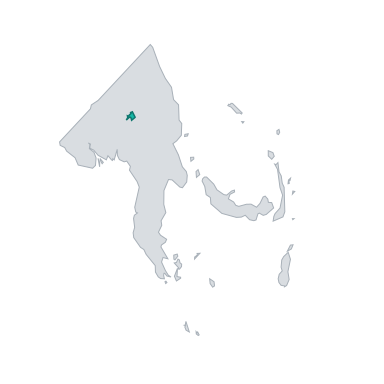 Tari/Pori District, Southern Highlands, Papua New Guinea (highlighted), rotated 43°
{"feature_id": "67681753B42536665224623", "entity_name": "Tari/Pori District", "entity_type": "district", "adm_level": 2, "iso_a3": "PNG", "parent_name": "Papua New Guinea", "parent_adm1": "Southern Highlands", "projection": "natural_earth1", "projection_center": [142.92, -5.861], "detail": "fine", "context": "in_parent", "style": "filled", "palette": "teal", "viewbox_px": 384, "rotation_deg": 43, "n_neighbors": 0, "source": "geoboundaries", "source_scale": "gbopen_adm2", "svg_char_len": 4144}
<svg xmlns="http://www.w3.org/2000/svg" viewBox="0 0 384 384"><g transform="rotate(43 192 192)"><path d="M61.0,245.7L61.0,200.4L59.0,197.0L60.9,189.0L60.9,112.6L64.6,113.0L82.7,122.3L95.0,127.1L105.6,129.4L115.5,137.0L122.7,137.4L133.5,148.2L137.8,148.9L145.5,157.8L145.9,165.1L145.1,169.7L156.7,174.1L167.8,180.2L173.8,180.9L177.2,183.1L181.3,188.3L182.1,195.4L179.7,196.7L169.2,196.7L166.3,198.9L170.5,210.1L179.8,220.3L186.9,224.9L189.0,234.1L192.6,237.0L194.9,244.3L198.5,245.1L205.7,243.9L206.8,246.9L205.8,251.6L206.8,253.4L219.9,257.3L215.5,259.7L217.5,264.0L226.1,267.6L231.4,269.0L234.6,268.5L230.9,270.6L227.5,270.0L226.9,270.6L228.2,272.4L231.0,274.3L228.1,276.7L225.2,277.1L219.9,275.5L215.3,270.9L201.0,268.9L196.0,266.9L192.1,267.6L180.5,265.1L176.7,261.9L174.2,257.0L167.3,251.2L165.7,248.3L166.4,244.5L164.5,245.0L160.5,242.2L150.1,224.4L144.7,221.8L131.4,218.7L129.5,215.3L123.2,213.9L121.8,216.2L116.8,217.8L112.5,216.1L108.2,211.8L113.2,221.6L111.4,221.6L112.3,223.2L111.3,223.4L105.8,222.8L107.4,226.9L98.3,229.2L91.5,228.4L88.3,229.4L86.9,229.3L85.1,226.2L82.7,226.8L84.8,226.8L87.4,230.3L93.1,229.8L98.6,232.5L103.3,238.4L103.1,242.4L90.4,249.9L83.1,246.7L72.4,247.6L68.6,246.3L63.8,247.8L61.0,245.7ZM252.3,145.5L254.9,147.5L257.5,145.4L262.6,148.0L261.6,157.8L260.0,160.5L255.7,161.5L255.1,163.0L257.9,168.8L256.8,170.8L253.0,173.0L246.8,172.7L245.2,176.7L241.8,180.3L228.4,187.3L213.9,187.8L209.2,183.5L204.2,184.3L197.5,179.2L191.9,177.1L190.8,175.1L190.9,172.6L192.5,171.1L202.5,171.4L208.8,173.4L217.1,172.2L219.5,170.6L220.3,164.3L221.7,161.7L223.1,162.9L221.4,167.8L223.3,172.2L229.3,170.9L233.1,171.9L236.0,170.6L240.2,163.8L243.5,160.6L249.6,159.1L249.5,154.0L247.4,147.1L248.3,145.1L252.3,145.5ZM325.0,195.9L324.3,198.2L323.9,197.5L320.8,199.5L317.3,198.9L314.2,196.7L311.9,192.7L311.8,188.2L308.4,186.2L304.0,180.5L303.1,176.7L303.5,170.5L309.9,174.1L316.5,184.9L322.7,189.7L325.0,195.9ZM275.5,148.2L271.2,158.0L268.5,154.0L267.5,151.2L267.3,143.7L260.4,132.5L253.4,128.8L239.1,117.1L233.4,115.2L234.8,114.7L234.8,111.9L241.9,117.9L246.3,119.4L252.1,124.1L256.1,125.7L273.4,143.2L275.5,148.2ZM161.2,99.6L174.8,100.0L175.0,101.3L173.2,101.5L170.9,103.9L162.8,103.2L159.3,104.4L159.0,102.7L160.3,102.2L160.1,100.5L161.2,99.6ZM229.1,250.3L231.5,252.0L233.6,251.8L235.2,253.7L235.5,256.9L234.6,257.6L234.0,256.6L227.4,256.0L228.7,254.2L227.5,250.6L229.1,250.3ZM228.0,113.7L223.2,113.6L219.6,109.8L224.3,108.0L227.8,109.8L228.0,113.7ZM238.7,264.1L241.8,262.1L242.5,262.8L241.3,267.7L236.6,265.6L233.4,257.7L238.7,264.1ZM264.1,243.4L269.3,242.6L271.8,244.7L272.5,245.4L272.0,247.5L267.7,246.6L264.1,243.4ZM275.8,290.8L285.5,296.2L281.9,297.1L278.8,295.6L278.5,294.3L277.2,294.7L277.8,293.8L275.8,290.8ZM185.3,178.3L181.0,174.3L181.2,171.5L185.8,174.0L185.3,178.3ZM225.8,253.3L224.6,253.5L221.7,250.6L223.5,247.5L225.4,248.6L225.8,253.3ZM302.1,170.3L300.2,163.7L301.9,161.7L303.5,165.9L302.1,170.3ZM170.3,170.3L167.3,167.7L169.5,165.4L170.8,166.6L170.3,170.3ZM216.1,91.0L214.5,91.5L212.3,89.3L212.9,86.9L215.4,88.5L216.1,91.0ZM150.5,154.1L148.7,156.5L147.5,154.7L149.5,152.0L150.5,154.1ZM239.6,231.4L239.6,239.3L238.3,237.7L238.9,234.4L237.6,233.5L239.6,231.4ZM104.4,233.4L107.3,236.6L100.3,231.5L104.4,233.4ZM107.0,232.6L103.1,231.3L102.3,230.3L106.9,230.8L107.0,232.6ZM294.7,291.6L294.4,292.7L291.9,292.9L290.2,291.3L291.8,291.6L291.6,290.5L294.7,291.6ZM266.8,121.5L266.9,125.1L265.1,122.5L266.8,121.5ZM257.3,119.5L256.6,120.5L254.7,117.9L255.1,117.4L257.3,119.5ZM235.4,275.3L235.2,276.9L233.4,276.0L233.7,275.0L235.4,275.3ZM255.8,116.7L254.4,117.1L254.6,114.6L255.8,116.7ZM182.0,105.2L182.2,107.0L180.3,106.6L182.0,105.2ZM284.8,141.9L284.6,143.5L283.6,143.0L284.8,141.9Z" fill="#d9dde1" stroke="#a8b0b8" stroke-width="1"/><path d="M97.2,175.3L93.7,174.0L93.4,174.7L93.4,174.9L93.2,175.1L92.9,175.7L93.0,176.0L93.8,176.2L93.8,177.4L93.8,177.8L93.6,178.2L93.7,178.9L93.7,179.6L93.3,180.1L92.8,180.3L94.2,181.3L94.9,184.2L95.1,181.4L95.1,181.2L95.3,180.2L95.3,179.8L95.4,179.6L96.1,179.4L97.1,179.5L98.9,180.7L99.4,177.0L99.4,176.8L99.4,176.1L97.2,175.3Z" fill="#14b8a6" stroke="#0f766e" stroke-width="1.5"/></g></svg>